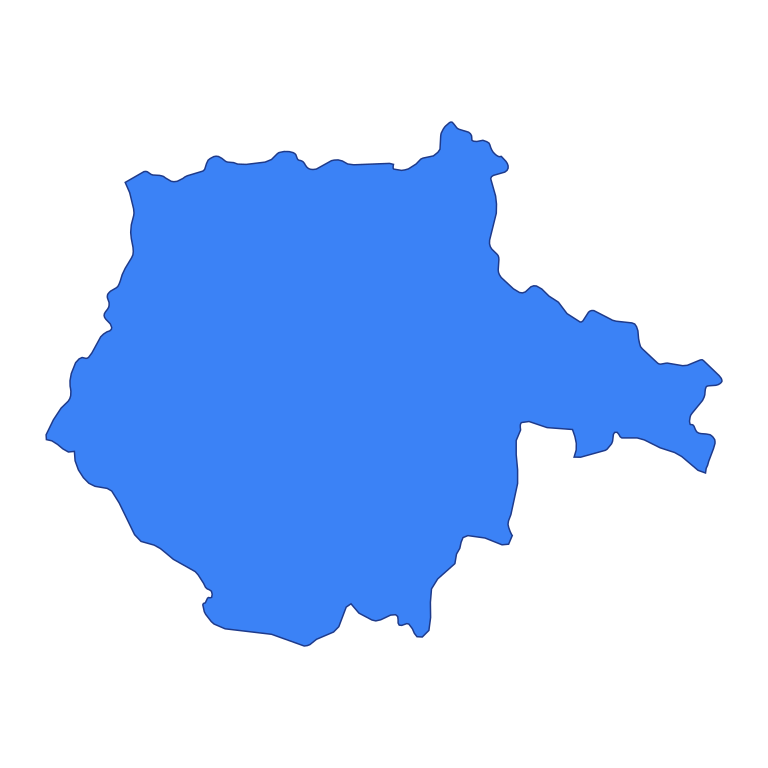 outline of Jihočeský
{"feature_id": "CZE-1593", "entity_name": "Jihočeský", "entity_type": "Region", "adm_level": 1, "iso_a3": "CZE", "parent_name": "Czechia", "parent_adm1": "", "projection": "albers", "projection_center": [14.581, 49.086], "detail": "fine", "context": "isolated", "style": "filled", "palette": "blue", "viewbox_px": 768, "rotation_deg": 0, "n_neighbors": 0, "source": "natural_earth", "source_scale": "10m", "svg_char_len": 4841}
<svg xmlns="http://www.w3.org/2000/svg" viewBox="0 0 768 768"><path d="M68.4,452.0L62.9,448.9L57.5,444.4L51.8,440.8L46.4,439.6L46.4,439.4L46.1,434.8L53.4,419.8L61.1,408.1L68.2,401.2L69.8,398.6L70.7,395.7L70.9,391.4L70.6,388.9L70.1,386.1L70.0,380.7L71.3,373.5L75.6,362.7L79.1,358.9L82.1,357.5L86.0,358.4L87.5,358.1L88.7,357.2L91.9,352.9L100.7,336.8L103.6,334.0L107.0,331.8L109.7,330.9L111.4,329.3L111.7,327.4L110.3,323.9L105.8,319.2L104.6,317.4L104.1,315.6L104.4,313.7L105.5,311.8L107.6,309.1L108.7,307.2L109.1,305.3L109.1,302.6L107.4,297.8L107.3,296.2L107.7,294.3L109.3,292.3L110.6,291.1L116.3,287.8L117.8,286.5L119.0,284.3L120.3,280.9L122.2,274.6L125.2,268.3L131.5,257.9L132.9,254.9L133.3,251.5L133.0,247.3L131.3,238.5L130.7,232.4L131.3,224.8L133.7,215.5L134.0,213.0L133.6,208.8L129.7,192.7L125.2,182.4L144.0,171.6L145.9,171.4L147.4,171.8L151.1,174.4L152.9,175.0L159.6,175.4L161.8,175.9L163.6,176.5L165.4,177.9L171.2,181.3L173.9,181.7L177.2,181.3L183.0,178.4L184.8,177.0L187.2,175.8L202.8,171.1L203.9,170.2L204.7,169.3L206.5,163.6L208.1,160.2L210.2,158.5L213.8,156.6L216.1,156.2L218.5,156.5L221.8,158.3L225.7,161.4L227.6,162.1L233.6,162.6L237.7,164.1L246.3,164.4L265.1,162.1L271.5,159.5L277.3,153.7L278.7,152.7L280.2,152.3L284.1,151.5L289.2,151.6L293.1,152.6L294.7,153.5L295.8,154.6L297.0,157.9L297.6,159.2L298.3,159.9L299.2,160.3L300.5,160.5L302.0,161.1L303.2,161.9L304.5,163.5L305.1,164.7L306.7,167.0L307.4,167.6L308.2,168.3L309.1,168.8L310.6,169.3L313.0,169.5L316.3,169.1L331.4,160.7L334.1,160.1L338.1,159.9L342.4,161.0L347.7,164.0L353.8,164.8L389.6,163.4L393.5,164.4L393.2,165.9L393.1,167.3L393.3,168.6L393.8,169.1L401.5,170.4L404.9,169.9L408.4,168.9L416.1,164.0L420.8,159.1L423.0,158.1L433.4,155.9L437.9,152.3L440.0,149.2L440.7,136.2L440.9,134.6L441.2,133.2L443.2,129.2L444.6,127.1L445.6,126.0L449.5,122.6L451.0,122.0L452.3,122.3L454.0,124.2L456.4,127.3L457.4,128.4L459.1,129.3L468.6,132.2L470.4,133.7L471.5,135.6L471.7,136.9L471.9,140.2L473.5,141.2L476.8,141.5L482.9,140.3L486.8,141.7L489.0,143.1L489.8,144.7L490.8,147.8L491.8,150.0L493.1,152.1L494.8,153.9L496.3,155.2L497.7,156.1L499.2,156.7L501.3,156.4L505.9,161.3L507.3,163.5L508.1,165.8L508.1,168.2L507.0,170.4L504.8,172.1L493.4,175.4L491.5,176.7L490.7,178.7L495.6,196.0L496.5,204.1L496.3,213.2L489.6,240.2L489.5,243.7L490.3,246.7L491.8,249.1L497.1,254.3L498.1,255.6L498.7,257.3L498.9,259.7L498.2,270.0L498.5,272.4L499.5,274.9L501.2,277.5L513.4,288.8L519.5,292.5L522.5,292.9L525.4,291.9L530.9,286.8L533.7,285.8L536.5,286.0L541.8,289.0L549.0,296.1L558.4,302.2L567.0,313.6L580.1,322.0L581.5,321.9L582.9,320.9L588.5,312.2L590.1,311.0L591.9,310.5L593.9,310.6L611.0,319.4L612.4,320.2L616.1,321.2L631.9,322.9L634.7,324.0L636.5,326.6L637.9,330.8L638.6,338.8L639.5,343.2L640.5,346.6L642.2,348.7L657.7,363.2L659.0,363.9L660.5,364.2L665.9,363.2L667.4,363.1L682.7,365.7L687.3,365.3L699.9,360.1L701.2,359.8L702.3,359.8L703.6,360.7L719.2,375.7L721.3,378.4L721.9,380.2L721.9,381.5L721.0,382.7L719.7,383.8L718.0,384.7L715.8,385.3L708.7,385.8L707.0,386.2L706.1,387.0L705.4,389.0L705.1,391.2L704.8,394.8L704.1,397.2L702.5,400.5L692.1,413.2L690.7,415.2L690.1,417.1L689.5,421.1L689.8,423.1L690.2,424.4L690.8,424.6L691.9,424.6L693.0,425.0L694.0,426.2L695.4,429.6L696.7,431.8L698.7,433.1L701.0,433.6L706.2,434.0L710.0,434.7L711.5,435.7L713.0,437.1L714.7,439.6L715.0,441.4L715.0,443.4L713.5,448.6L708.7,461.3L707.6,465.3L706.2,468.3L705.5,473.0L698.0,470.3L681.7,456.5L674.6,452.5L660.1,447.8L644.3,439.9L637.1,437.9L621.8,437.9L620.2,436.8L618.8,434.3L617.1,432.3L614.6,432.4L613.4,434.4L612.6,441.1L611.6,443.7L607.1,449.2L605.4,450.3L580.6,457.2L574.1,457.1L576.2,450.0L576.3,443.3L574.9,436.5L572.5,429.5L547.1,427.6L529.0,421.5L521.8,422.5L520.8,423.3L520.3,425.0L520.3,427.3L520.6,430.0L516.2,440.5L516.2,454.6L517.6,469.8L517.6,483.5L510.9,514.6L508.5,520.9L508.0,524.3L508.7,527.5L510.1,531.4L511.6,534.6L512.3,535.5L508.6,544.2L502.0,544.8L485.0,538.0L467.9,535.6L463.0,537.6L461.1,542.3L459.8,548.3L456.5,554.1L454.9,563.6L437.7,578.9L431.5,588.9L430.4,602.4L430.6,617.5L428.9,630.4L427.4,631.9L422.3,637.0L417.0,636.7L414.4,633.4L412.4,628.8L408.9,624.1L406.8,623.6L401.7,625.4L399.2,625.1L398.1,623.0L398.1,619.7L397.7,616.5L395.6,614.7L390.6,615.1L380.7,619.8L375.8,620.9L371.9,620.0L358.9,613.1L351.0,603.8L346.2,607.1L338.8,626.7L333.6,632.0L316.5,639.3L309.9,644.6L307.3,645.6L304.2,646.0L271.6,634.3L225.1,628.8L214.0,624.0L211.3,621.6L205.7,614.4L204.3,611.7L202.8,604.9L203.4,603.5L205.3,602.8L207.5,598.2L208.5,597.5L210.1,597.8L211.6,597.4L212.2,594.3L211.4,591.2L209.4,589.8L207.2,588.9L205.5,587.3L203.5,583.2L198.1,574.8L195.2,571.6L173.3,559.3L166.2,553.3L160.3,548.5L154.1,545.1L141.0,541.4L134.6,534.7L119.2,503.0L111.7,491.0L107.2,488.4L95.0,486.3L88.9,483.3L83.4,477.7L78.4,469.9L75.1,460.8L74.4,451.4L68.4,452.0Z" fill="#3b82f6" stroke="#1e3a8a" stroke-width="1.5"/></svg>